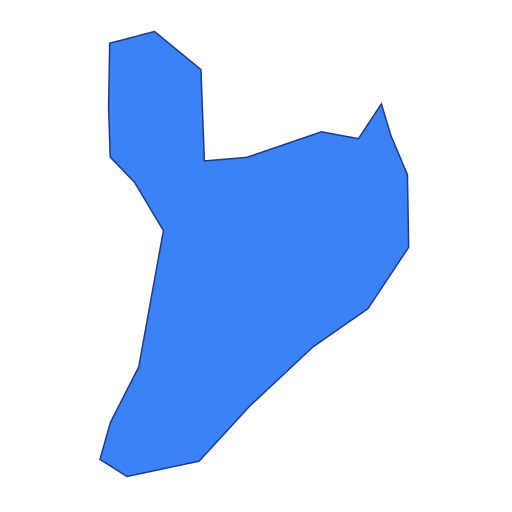 the border of Three Kings Islands, rotated 271°
{"feature_id": "NZL-5476", "entity_name": "Three Kings Islands", "entity_type": "state/province", "adm_level": 1, "iso_a3": "NZL", "parent_name": "New Zealand", "parent_adm1": "", "projection": "robinson", "projection_center": [172.139, -34.157], "detail": "fine", "context": "isolated", "style": "filled", "palette": "blue", "viewbox_px": 512, "rotation_deg": 271, "n_neighbors": 0, "source": "natural_earth", "source_scale": "10m", "svg_char_len": 455}
<svg xmlns="http://www.w3.org/2000/svg" viewBox="0 0 512 512"><g transform="rotate(271 256 256)"><path d="M352.3,108.5L402.0,106.0L466.2,106.0L478.7,150.6L441.4,197.7L350.2,202.7L354.4,244.8L381.3,319.2L375.1,356.4L410.3,378.7L379.2,388.6L339.9,406.0L267.4,408.5L205.3,368.8L165.9,314.3L105.8,252.3L49.9,202.7L33.3,130.8L49.9,103.5L87.2,113.4L143.1,140.7L279.8,163.0L327.5,133.3L352.3,108.5Z" fill="#3b82f6" stroke="#1e3a8a" stroke-width="1.5"/></g></svg>